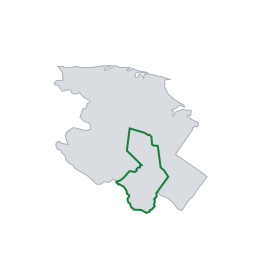 Ogooué-Ivindo on a map of Gabon (Equal Earth projection), rotated 125°
{"feature_id": "GAB-2186", "entity_name": "Ogooué-Ivindo", "entity_type": "Province", "adm_level": 1, "iso_a3": "GAB", "parent_name": "Gabon", "parent_adm1": "", "projection": "equal_earth", "projection_center": [13.011, 0.34], "detail": "coarse", "context": "in_parent", "style": "outline", "palette": "green", "viewbox_px": 256, "rotation_deg": 125, "n_neighbors": 0, "source": "natural_earth", "source_scale": "10m", "svg_char_len": 3845}
<svg xmlns="http://www.w3.org/2000/svg" viewBox="0 0 256 256"><g transform="rotate(125 128 128)"><path d="M165.7,39.5L165.6,41.6L163.8,46.7L163.0,50.6L162.8,54.8L163.3,58.2L164.1,60.6L164.7,63.2L164.2,65.0L163.4,65.8L164.0,66.7L165.2,66.9L167.4,66.1L170.8,64.7L175.1,62.7L178.0,61.6L182.8,62.3L185.3,63.1L186.6,64.5L188.0,70.5L188.7,71.4L189.9,74.0L190.8,77.1L191.0,78.6L190.9,79.7L190.0,81.4L188.9,83.8L188.5,85.3L187.6,86.4L186.4,87.5L183.3,87.9L182.8,88.6L181.9,91.2L180.2,93.4L179.4,95.5L178.8,98.3L178.9,101.7L178.6,106.7L178.2,110.0L179.1,111.2L182.9,112.0L183.6,112.7L184.6,114.7L185.9,116.7L189.4,117.9L190.7,119.4L191.8,121.0L192.0,122.4L191.2,127.8L190.4,132.9L190.7,136.9L191.0,140.6L191.4,146.1L191.2,149.4L190.2,151.5L190.2,153.1L190.7,155.0L189.8,160.3L189.3,161.2L187.7,162.2L186.9,163.6L186.6,165.9L185.8,169.0L184.9,170.1L184.9,171.5L185.7,172.6L185.7,174.2L184.2,176.1L183.2,177.5L181.2,178.2L178.8,177.5L178.3,176.4L178.8,174.8L178.6,173.4L177.8,172.1L176.5,168.5L175.4,167.7L174.8,169.2L172.9,171.9L169.5,175.4L167.1,175.7L162.7,174.6L159.0,172.9L157.3,168.9L156.2,165.5L154.6,161.6L152.8,159.7L151.0,158.5L150.1,158.4L147.4,160.6L146.6,161.5L146.6,163.3L146.9,165.0L147.3,165.8L147.6,166.9L147.6,168.6L147.1,170.9L146.9,173.4L138.5,175.9L137.0,175.0L135.9,173.9L134.7,174.1L131.0,175.4L129.7,174.5L128.3,173.8L127.7,174.4L127.6,175.4L128.3,181.4L128.1,183.6L127.2,186.5L126.8,188.5L129.1,189.1L129.9,190.0L130.7,191.5L131.7,192.9L131.8,193.7L130.6,195.3L130.2,197.2L130.8,198.7L132.3,200.2L134.5,201.9L135.6,202.9L135.5,203.9L134.5,205.9L134.1,207.7L133.4,209.3L133.5,210.7L134.5,212.1L134.4,213.3L133.7,214.2L132.3,214.0L131.2,214.1L130.1,213.7L126.8,209.1L126.1,208.9L121.3,212.5L120.1,214.0L119.1,216.1L117.8,220.7L115.7,218.0L113.8,213.1L111.6,210.1L107.0,205.3L105.8,201.7L100.5,193.8L92.9,185.9L87.5,179.1L86.6,177.5L87.6,177.7L92.8,181.1L93.5,180.8L94.2,180.0L91.9,178.2L89.7,176.8L87.7,175.9L85.6,176.0L84.5,174.5L83.7,172.3L83.3,170.5L82.4,168.5L79.5,164.4L78.8,162.9L77.3,160.7L78.2,160.4L81.3,162.5L81.6,161.7L81.3,160.5L78.2,158.5L76.5,158.4L76.1,157.0L76.3,155.4L74.1,149.5L71.8,145.1L71.4,143.0L77.7,152.6L78.5,152.8L79.6,152.7L82.2,151.6L81.7,150.3L80.6,149.0L79.4,149.6L77.9,149.7L77.2,149.1L76.8,148.1L78.3,143.5L77.7,143.7L77.2,144.5L76.4,144.9L75.1,145.2L72.1,142.7L69.3,135.9L68.6,134.5L67.9,132.2L67.2,131.2L64.0,121.6L65.2,122.3L66.7,125.1L69.4,124.5L70.5,122.9L71.5,122.9L72.4,122.6L73.6,121.0L77.2,114.4L78.1,105.7L77.8,100.5L77.3,95.3L78.5,93.7L78.9,94.8L79.2,96.6L79.7,98.0L81.0,99.2L83.3,99.5L87.0,101.4L88.3,102.6L88.6,100.2L92.8,98.1L91.5,97.4L87.8,98.2L82.7,95.1L81.0,93.1L79.4,89.4L77.8,87.5L77.9,85.7L81.6,84.1L82.5,84.3L82.9,86.2L83.9,87.0L84.3,86.7L84.5,85.1L84.5,80.7L83.4,74.4L83.7,73.2L84.7,72.7L85.6,71.9L86.2,71.7L87.5,71.9L88.1,73.3L88.4,74.2L89.7,74.5L90.7,75.3L91.6,75.1L92.3,74.2L93.4,74.0L96.7,74.0L99.7,74.0L105.8,74.1L111.8,74.1L117.8,74.1L122.3,74.1L122.3,70.5L122.3,64.9L122.3,58.4L122.2,52.0L122.2,46.2L122.2,39.3L122.4,37.3L122.7,36.5L122.6,35.4L127.3,35.3L135.7,35.8L139.4,35.7L140.4,35.8L145.0,35.5L148.8,35.9L150.4,36.4L151.8,36.6L156.2,36.9L162.1,36.6L164.1,36.6L165.2,37.6L165.7,39.5Z" fill="#d9dde1" stroke="#a8b0b8" stroke-width="1"/><path d="M144.9,67.1L165.2,67.4L167.5,65.3L171.2,65.7L173.4,63.5L175.9,62.9L176.8,61.2L181.3,61.8L182.4,62.9L184.5,62.4L186.9,64.2L187.6,70.2L191.7,76.7L191.0,77.8L191.2,79.6L188.8,83.2L188.6,85.4L186.5,87.8L183.0,87.9L182.3,89.1L182.6,91.0L180.1,93.5L178.5,98.1L179.0,102.6L179.8,103.3L179.3,105.9L178.8,106.7L175.2,104.2L170.8,102.9L163.2,102.2L161.8,101.1L160.3,97.3L158.0,96.4L156.7,97.5L154.6,97.0L153.5,95.6L151.6,96.6L150.6,95.7L147.2,115.9L127.4,126.4L122.5,112.0L122.2,107.5L121.1,106.3L121.9,103.6L127.7,98.9L127.8,97.1L125.5,93.4L141.6,78.6L142.0,74.1L144.9,67.1Z" fill="none" stroke="#15803d" stroke-width="2"/></g></svg>